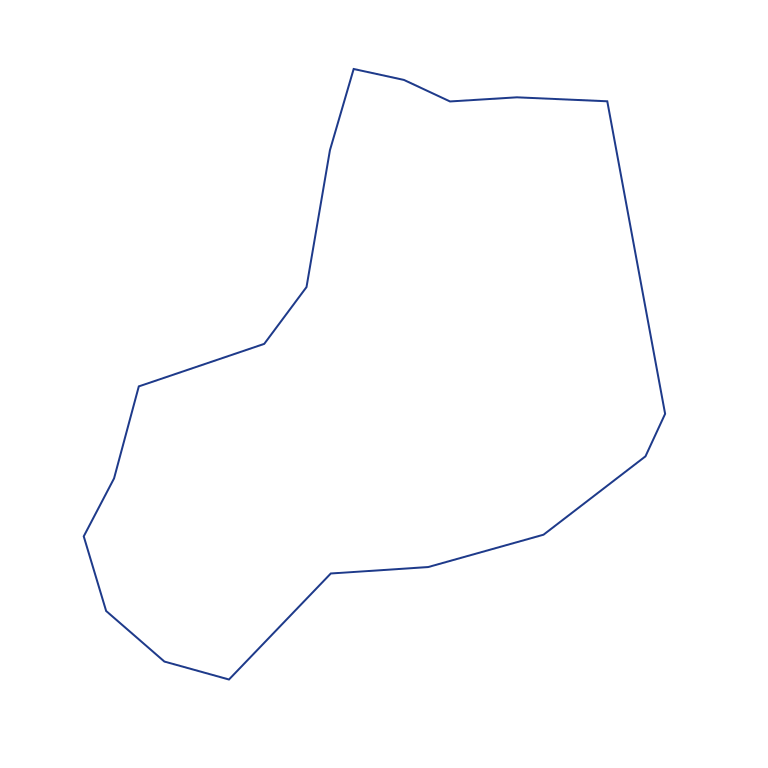 SVG path tracing the border of Ādaži, rotated 6°
{"feature_id": "LVA-5754", "entity_name": "Ādaži", "entity_type": "Municipality", "adm_level": 1, "iso_a3": "LVA", "parent_name": "Latvia", "parent_adm1": "", "projection": "mercator", "projection_center": [24.362, 57.106], "detail": "fine", "context": "isolated", "style": "outline", "palette": "blue", "viewbox_px": 768, "rotation_deg": 6, "n_neighbors": 0, "source": "natural_earth", "source_scale": "10m", "svg_char_len": 398}
<svg xmlns="http://www.w3.org/2000/svg" viewBox="0 0 768 768"><g transform="rotate(6 384 384)"><path d="M320.9,73.9L372.0,79.5L420.1,96.1L486.2,85.0L576.5,79.5L666.7,384.3L651.6,428.6L558.4,517.2L447.1,561.4L350.9,578.0L260.7,694.1L194.6,683.0L131.4,638.8L101.3,566.9L125.4,506.1L140.4,412.0L260.7,356.6L296.8,295.7L305.8,157.1L320.9,73.9Z" fill="none" stroke="#1e3a8a" stroke-width="2"/></g></svg>